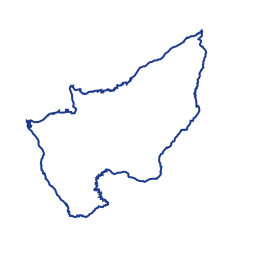 Jombang, Jawa Timur, Indonesia (Natural Earth projection), rotated 255°
{"feature_id": "22746128B39847330151566", "entity_name": "Jombang", "entity_type": "district", "adm_level": 2, "iso_a3": "IDN", "parent_name": "Indonesia", "parent_adm1": "Jawa Timur", "projection": "natural_earth1", "projection_center": [112.264, -7.561], "detail": "fine", "context": "isolated", "style": "outline", "palette": "blue", "viewbox_px": 256, "rotation_deg": 255, "n_neighbors": 0, "source": "geoboundaries", "source_scale": "gbopen_adm2", "svg_char_len": 5704}
<svg xmlns="http://www.w3.org/2000/svg" viewBox="0 0 256 256"><g transform="rotate(255 128 128)"><path d="M55.5,55.1L56.6,56.2L55.8,56.7L55.2,57.8L55.5,58.2L56.0,58.1L56.3,59.1L55.2,60.6L55.2,61.4L54.4,61.4L53.6,63.5L52.9,64.1L53.2,66.0L54.0,67.9L54.6,68.4L55.3,71.7L56.7,73.1L57.0,74.4L58.5,75.7L58.5,77.0L59.0,77.6L58.7,78.2L59.9,79.6L59.2,80.5L58.1,83.1L59.2,84.5L58.9,86.0L59.5,86.5L59.1,88.0L59.4,89.0L60.0,88.9L60.9,89.5L62.2,88.5L61.9,88.1L62.1,87.8L63.4,87.9L64.0,87.6L64.1,87.3L63.6,87.1L63.8,86.9L64.7,87.1L65.1,86.3L64.5,85.3L65.3,85.4L66.5,84.8L66.5,83.4L67.1,83.6L67.4,84.4L67.9,84.0L68.7,84.4L68.9,82.9L69.7,84.1L71.2,84.0L71.3,84.7L71.9,85.3L72.2,85.0L72.0,84.1L72.7,84.7L72.8,83.7L73.4,83.4L73.5,82.7L74.3,83.1L74.8,83.9L76.2,84.1L76.3,83.5L75.8,82.8L76.4,82.4L76.1,81.6L76.1,80.7L76.8,79.5L77.7,80.0L77.6,80.7L77.9,81.0L77.7,81.8L78.3,81.6L78.8,82.4L80.2,82.5L80.3,83.4L81.5,83.0L81.9,83.3L82.4,82.5L83.0,83.6L83.5,83.0L83.8,83.7L86.6,83.9L87.1,85.7L87.7,85.1L87.4,84.7L88.1,84.5L88.1,85.2L89.0,85.6L88.6,86.5L89.3,86.8L89.3,87.6L89.8,87.7L89.0,88.3L90.0,89.3L89.5,89.7L89.8,90.3L89.4,90.1L89.3,90.4L90.4,90.7L90.2,91.3L89.9,91.5L91.0,91.8L91.0,90.7L91.7,91.2L91.7,92.3L92.0,92.8L91.6,93.9L92.4,94.3L91.7,96.2L92.7,96.2L93.1,95.6L93.6,96.2L92.5,98.8L90.9,100.0L88.8,101.0L87.0,102.7L87.4,106.8L86.8,109.2L86.9,112.4L86.6,113.7L84.1,116.4L82.6,116.4L81.7,115.8L80.2,116.4L79.3,119.0L77.4,121.7L75.4,123.2L74.6,124.3L73.2,127.0L72.7,129.0L71.6,130.0L73.0,136.0L72.3,140.3L71.8,141.1L71.6,142.8L72.2,142.9L72.5,144.4L74.2,147.1L75.5,148.1L76.0,147.9L77.4,148.4L77.6,148.1L78.6,148.8L81.5,150.1L82.1,150.2L82.5,149.4L85.7,150.0L86.1,149.6L88.4,149.6L92.2,150.9L94.4,153.4L94.4,154.8L96.5,156.2L97.9,158.7L98.8,159.6L99.1,160.3L98.6,160.9L99.1,162.0L98.9,163.0L99.7,164.6L100.8,165.5L101.8,165.6L102.1,166.0L103.4,167.8L103.3,169.3L105.8,170.7L106.7,171.7L107.2,173.2L108.6,174.3L109.2,175.9L110.9,177.6L111.3,178.4L112.2,178.8L112.1,180.4L111.5,181.7L111.8,182.0L111.1,184.0L111.3,184.6L113.7,185.7L115.1,188.0L116.4,189.4L118.8,190.4L118.1,192.6L120.6,194.0L120.9,195.6L122.0,197.1L124.4,199.9L126.4,201.5L129.2,201.9L131.2,201.5L131.4,201.1L130.7,199.7L130.8,199.6L135.7,200.8L140.0,201.1L140.2,200.7L141.1,200.8L141.4,201.1L141.2,201.3L141.9,201.7L142.2,201.3L142.7,201.6L143.3,201.2L143.3,201.6L144.0,201.9L144.3,201.3L144.9,201.8L145.2,201.7L145.5,202.4L145.9,202.3L147.1,203.1L147.5,203.0L148.2,204.2L148.5,204.1L148.7,204.5L148.9,204.2L149.2,204.7L149.9,205.0L150.6,206.1L152.4,206.6L153.1,206.3L153.4,206.7L153.2,206.9L154.4,207.7L156.6,207.7L157.8,209.5L159.4,210.7L160.0,211.0L162.1,211.0L164.0,213.0L164.5,213.2L165.0,214.1L165.5,214.2L166.9,216.5L168.5,216.4L169.7,216.7L170.2,217.3L172.3,217.8L174.2,219.3L175.9,219.9L177.2,221.5L179.3,221.9L180.6,223.1L182.4,223.0L184.3,222.4L186.5,221.1L187.3,221.2L187.9,219.9L189.1,219.2L190.2,219.1L192.3,220.9L193.4,221.1L195.1,219.9L195.5,219.1L196.2,220.0L197.4,222.7L198.3,223.5L199.8,223.4L201.8,224.5L203.1,224.5L201.4,221.7L201.4,221.0L200.9,220.7L201.2,219.2L200.0,218.2L200.0,216.3L199.6,215.6L200.3,213.0L200.2,212.1L199.4,209.3L200.1,208.9L200.0,208.0L198.9,206.8L198.0,205.1L196.5,204.0L196.4,202.4L195.4,199.9L194.8,196.7L194.4,195.9L194.3,192.4L193.3,189.3L192.1,187.9L191.7,186.9L191.1,186.1L190.1,182.9L187.7,180.7L186.2,177.7L186.1,174.7L186.4,174.2L185.9,173.2L186.4,170.6L185.7,168.8L185.8,165.5L183.3,160.9L183.2,160.0L183.6,158.4L183.1,155.7L183.3,155.2L176.9,148.1L175.7,145.3L175.4,143.2L174.3,142.7L174.0,143.3L173.6,142.7L173.4,142.9L172.8,142.6L172.6,140.9L170.6,138.0L172.5,137.9L172.9,134.6L171.4,134.3L171.7,132.8L170.9,132.5L170.9,132.1L171.3,129.7L172.2,129.1L172.2,128.7L170.1,128.0L169.5,128.1L169.4,127.9L170.1,127.1L169.9,125.7L169.0,125.6L169.1,124.5L167.9,124.1L168.5,122.4L168.1,122.3L168.3,120.3L168.6,119.9L169.7,120.1L170.6,118.4L169.9,118.1L170.3,114.0L169.3,113.7L169.4,112.6L168.9,112.5L169.2,111.5L171.8,112.1L171.9,111.7L171.5,109.2L170.9,108.6L171.0,108.1L172.0,108.3L172.5,104.9L172.5,104.6L172.1,104.5L172.2,102.5L172.7,102.2L172.9,99.7L172.8,98.7L172.1,97.9L171.9,95.1L172.5,95.0L172.8,93.2L173.7,92.9L175.7,91.3L176.8,92.0L177.6,92.1L177.6,91.3L178.0,91.3L178.1,87.4L179.0,86.2L180.2,86.1L181.7,85.2L183.0,85.9L182.8,84.2L183.5,83.8L182.3,82.6L180.8,81.9L174.6,82.5L169.9,81.5L165.8,82.0L162.9,80.6L160.4,82.6L159.5,82.9L156.1,80.2L156.7,77.2L158.1,77.4L159.1,74.4L161.1,74.8L161.7,72.8L159.3,72.4L159.6,69.4L160.7,66.0L161.3,65.3L162.4,65.7L161.4,63.5L161.6,60.9L161.0,60.7L161.2,58.9L161.7,59.0L162.0,55.8L161.5,55.5L161.3,54.2L160.4,53.5L160.3,52.3L159.4,51.3L159.1,50.1L158.7,49.9L157.7,47.8L157.0,43.2L157.7,39.3L160.7,35.8L160.1,35.0L160.1,33.8L159.3,33.5L160.7,33.1L160.4,32.5L161.0,32.1L160.0,31.8L158.9,32.4L157.1,32.4L157.3,32.9L158.2,32.7L158.1,33.1L158.3,33.3L157.8,33.4L158.3,33.9L157.8,33.9L158.0,34.5L157.2,34.0L156.5,34.5L156.0,34.2L155.1,35.1L154.6,34.6L154.8,33.2L154.3,33.4L154.6,32.4L156.1,32.4L156.7,32.9L156.9,32.4L156.2,31.5L154.6,31.6L153.1,32.0L150.0,34.1L146.8,34.9L144.7,36.3L139.6,38.2L137.6,38.1L136.0,37.5L133.9,37.3L129.9,39.6L125.7,40.2L124.5,40.1L123.8,39.6L123.0,38.5L121.3,37.8L120.5,36.6L115.8,34.4L113.7,34.8L113.3,34.3L111.3,33.8L110.4,34.0L109.8,33.6L109.4,34.1L108.2,34.6L106.5,34.2L106.6,35.0L105.5,35.7L105.0,35.2L104.6,35.6L101.7,35.8L100.5,35.2L99.2,36.3L98.6,36.3L97.4,37.1L94.9,37.6L93.8,37.4L91.6,38.8L91.6,39.4L87.2,41.7L81.6,42.2L80.0,43.6L76.0,44.7L74.2,46.4L71.5,47.8L71.2,48.4L69.9,48.2L69.7,49.2L68.1,49.0L67.8,49.6L66.1,49.7L65.2,49.2L64.0,49.2L63.8,48.5L63.2,48.3L62.8,48.7L62.1,48.6L61.9,49.5L60.3,48.7L59.5,49.3L57.9,49.3L57.8,51.1L57.1,51.6L56.8,52.4L56.2,52.6L55.5,55.1Z" fill="none" stroke="#1e3a8a" stroke-width="2"/></g></svg>